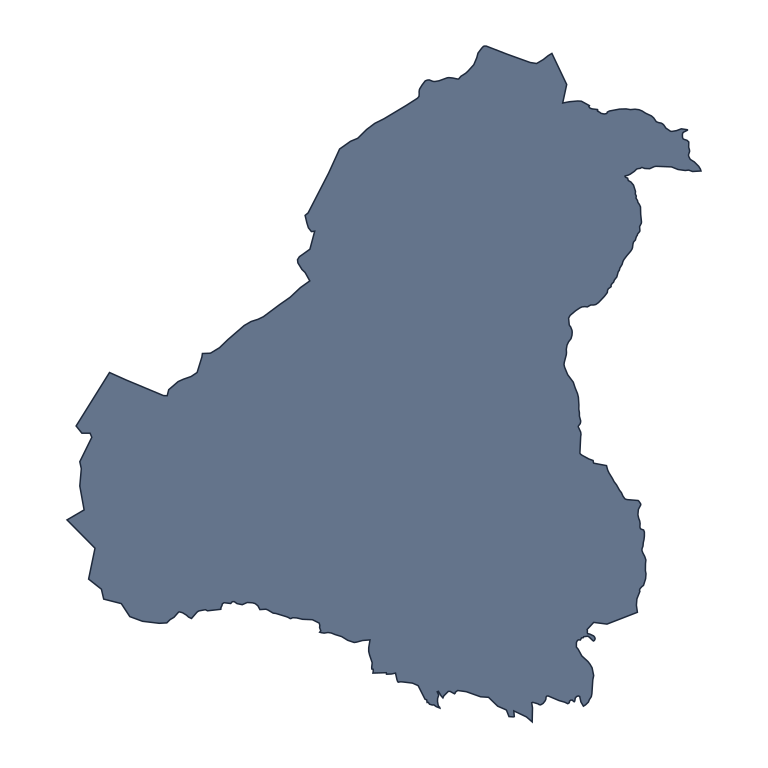 Rametea, Alba, Romania
{"feature_id": "2599482B58533573021610", "entity_name": "Rametea", "entity_type": "district", "adm_level": 2, "iso_a3": "ROU", "parent_name": "Romania", "parent_adm1": "Alba", "projection": "robinson", "projection_center": [23.586, 46.447], "detail": "fine", "context": "isolated", "style": "filled", "palette": "slate", "viewbox_px": 768, "rotation_deg": 0, "n_neighbors": 0, "source": "geoboundaries", "source_scale": "gbopen_adm2", "svg_char_len": 6086}
<svg xmlns="http://www.w3.org/2000/svg" viewBox="0 0 768 768"><path d="M639.9,591.4L639.5,590.1L640.1,588.6L641.9,586.6L643.5,585.4L645.6,578.8L646.0,573.8L645.4,570.7L645.5,563.6L645.9,560.0L644.7,556.4L642.8,552.8L641.9,550.3L642.1,548.5L643.0,546.1L643.3,542.6L644.0,539.6L644.4,536.1L644.4,532.0L643.6,530.0L640.8,529.0L640.1,527.9L639.9,526.8L640.1,523.5L639.7,520.9L638.7,518.3L637.9,514.7L638.4,509.4L640.8,504.8L640.6,503.7L638.8,501.1L638.1,500.5L627.2,499.6L625.3,499.1L624.5,498.3L622.9,496.0L621.4,492.6L619.5,490.2L616.5,484.8L614.1,481.7L612.4,478.4L609.0,472.9L607.7,470.1L606.5,465.6L593.8,463.2L593.5,462.9L593.1,460.5L588.7,458.9L582.1,455.3L580.5,454.1L579.9,453.2L580.7,436.2L581.0,434.7L580.7,432.1L578.2,426.7L578.4,426.0L580.2,423.7L580.6,422.2L580.7,420.9L579.4,416.1L579.4,412.6L578.8,409.2L578.9,405.0L578.4,397.3L577.5,393.6L575.1,387.7L573.3,382.2L567.7,374.7L564.6,367.2L564.0,364.6L564.3,362.3L566.3,354.7L566.5,352.6L566.3,349.3L567.0,345.2L568.6,341.8L571.0,338.7L572.0,335.2L572.2,332.2L572.0,330.3L570.6,326.8L569.5,325.5L569.2,324.5L568.6,318.1L570.1,315.4L575.8,310.6L579.9,307.9L582.0,306.9L584.8,306.6L587.4,306.9L590.7,305.0L593.6,305.0L595.8,304.5L598.5,302.6L604.3,296.5L607.3,292.6L607.6,290.1L608.4,288.7L610.9,286.9L611.2,286.2L611.0,285.4L611.3,284.7L612.3,283.3L613.5,282.3L614.4,280.0L616.8,277.0L618.2,271.9L619.3,270.3L619.9,268.0L622.1,264.4L622.9,261.6L623.9,259.6L627.0,255.5L630.6,251.3L632.0,249.1L632.5,247.7L633.0,243.8L633.6,241.9L635.4,240.0L636.0,237.7L636.5,236.4L637.3,235.3L637.6,234.0L639.7,231.5L639.9,230.6L639.6,226.6L641.3,223.3L641.5,222.0L640.7,214.4L640.5,206.9L639.3,204.3L637.9,202.4L637.5,200.5L636.0,198.1L636.3,196.0L635.3,194.0L635.5,191.4L633.5,185.1L630.9,182.0L628.3,180.5L627.6,178.1L625.6,177.3L625.0,176.4L625.1,175.9L627.8,175.3L630.2,174.2L634.4,171.3L636.5,169.2L637.7,168.7L640.1,168.4L641.9,167.4L644.8,168.5L649.7,168.7L654.3,166.6L656.0,166.3L671.5,166.9L678.0,169.5L685.2,170.5L688.7,170.1L692.5,171.5L701.0,171.0L700.4,169.1L698.7,166.3L694.3,161.9L690.6,159.6L689.9,158.8L688.7,156.3L688.5,154.9L689.6,151.4L689.5,150.0L688.7,147.3L688.8,142.0L687.0,140.3L683.6,139.2L683.1,138.8L682.5,137.4L682.4,134.6L682.7,133.1L683.7,132.1L687.3,130.3L687.5,130.0L687.3,129.7L681.3,128.8L676.6,130.6L672.0,131.4L670.6,131.3L665.9,128.1L663.8,125.0L662.6,123.9L661.2,123.1L658.6,122.6L656.3,121.7L653.7,117.9L651.4,115.9L645.6,113.2L642.2,111.0L639.0,109.7L635.0,109.2L630.4,109.6L626.1,108.9L619.5,109.1L609.4,111.0L607.3,112.1L607.2,112.8L606.3,113.6L604.2,114.0L600.9,113.3L599.8,112.3L597.7,111.2L597.4,110.8L597.8,110.1L597.4,109.5L592.3,108.9L590.1,108.2L588.8,106.6L589.4,105.6L581.4,101.2L577.6,101.0L569.6,101.7L562.7,103.0L566.7,84.5L551.9,53.4L548.1,55.7L543.2,59.6L536.6,63.5L530.2,62.5L506.9,54.1L486.3,46.1L484.2,46.1L483.4,46.4L481.6,48.3L478.0,53.1L476.8,57.6L473.8,64.7L467.8,71.3L465.6,73.3L461.0,76.2L458.6,79.0L457.5,79.0L452.8,78.0L448.9,77.6L447.2,77.8L439.0,80.8L434.9,81.5L433.0,81.4L429.2,79.9L427.2,80.1L425.2,80.9L422.2,84.8L419.9,88.5L419.4,89.6L419.1,91.8L419.2,93.9L419.0,96.4L417.5,98.2L406.1,105.5L383.9,118.8L374.7,123.4L366.6,129.5L357.7,138.3L350.5,141.3L339.6,149.0L328.6,173.1L308.1,212.9L305.1,215.4L306.9,223.0L308.4,227.8L311.4,231.6L314.7,231.2L309.9,249.2L299.4,256.7L297.5,259.7L297.9,262.9L301.9,269.4L305.1,272.5L309.8,280.9L300.4,287.6L290.2,297.2L279.6,304.6L263.4,316.7L258.0,319.3L251.1,321.5L244.2,325.5L228.0,339.5L219.5,347.7L210.4,353.2L202.4,353.5L201.9,357.0L197.1,372.5L191.1,376.5L183.4,379.2L178.1,381.6L168.7,389.7L167.2,395.7L163.5,395.6L126.2,380.0L109.5,372.5L76.1,426.0L81.9,433.2L90.1,433.2L91.8,437.3L79.8,461.7L81.3,468.7L79.8,486.0L84.1,509.9L67.0,519.9L95.0,548.2L88.6,579.1L101.4,589.2L103.7,599.1L121.3,603.6L129.8,616.6L142.5,621.3L159.2,623.3L166.8,622.9L170.0,619.7L174.0,617.3L178.6,612.1L179.5,611.9L182.5,612.7L186.4,615.1L188.6,617.1L191.5,618.5L196.8,612.4L197.7,611.6L199.0,610.9L205.4,609.7L207.5,610.8L220.8,609.3L221.0,607.5L222.0,605.5L222.3,603.9L224.0,602.7L230.7,603.5L232.3,601.7L234.2,601.6L237.0,603.6L242.2,604.7L247.2,602.5L252.5,602.8L255.2,603.6L257.9,605.8L259.9,609.6L265.9,609.2L267.7,609.9L273.1,613.1L276.0,613.5L286.1,616.6L288.2,617.4L290.2,618.6L290.8,618.6L292.7,617.7L296.6,617.9L302.5,619.3L312.4,619.7L319.2,623.1L319.8,625.3L319.6,627.6L320.8,630.8L319.7,632.2L321.4,632.7L324.1,633.1L328.0,632.5L331.3,633.0L334.9,634.5L341.7,636.6L347.7,640.3L354.2,642.5L356.7,642.1L362.5,640.5L370.0,639.9L368.7,647.8L368.7,651.4L369.6,655.1L372.2,662.8L371.7,667.2L371.8,669.0L373.2,669.3L373.2,671.4L372.9,673.1L386.3,672.7L386.5,674.2L391.5,674.0L395.5,673.1L396.9,679.5L397.5,681.2L398.2,682.2L400.5,681.8L402.3,681.9L412.4,683.1L418.1,685.6L425.0,699.2L426.7,699.9L427.1,702.5L428.3,702.4L429.5,704.2L432.2,705.0L433.8,704.9L436.2,706.6L439.9,708.1L439.7,707.3L438.7,706.4L438.1,704.9L437.5,701.4L437.6,698.5L438.7,695.1L437.2,691.8L438.4,691.3L441.2,696.0L442.9,697.9L443.8,695.9L448.3,691.4L450.1,691.4L454.5,693.8L455.1,693.3L455.3,692.3L457.7,690.5L466.3,691.7L480.6,696.8L488.5,697.3L497.7,706.2L506.0,709.8L506.6,710.5L509.0,716.6L513.3,716.9L514.3,716.6L513.8,710.9L526.4,716.9L532.2,721.9L532.5,707.8L531.7,702.8L532.7,702.3L537.9,703.8L539.1,704.6L540.3,704.9L541.3,704.5L543.1,703.4L545.1,700.9L545.9,699.1L546.0,697.2L546.7,696.2L548.0,695.9L559.1,700.6L564.7,702.2L567.8,703.7L569.3,702.7L569.5,701.2L570.7,700.2L572.2,700.1L573.8,701.6L574.4,701.7L574.8,700.9L575.3,698.0L576.6,696.5L578.4,695.9L579.7,696.5L580.9,701.9L583.4,706.2L585.5,704.9L588.4,702.1L589.4,699.6L591.3,696.7L591.9,693.7L592.8,679.8L593.7,675.6L592.1,667.8L590.0,664.2L588.0,661.6L581.8,655.9L578.1,649.1L576.4,647.1L576.4,642.7L576.9,641.3L577.7,640.3L578.6,639.8L580.4,640.0L581.5,637.9L583.2,637.7L583.7,636.7L587.2,636.3L588.0,636.3L589.2,637.1L592.7,640.5L593.5,641.0L594.3,640.5L594.9,639.5L595.1,638.3L594.6,637.1L593.6,635.9L589.8,634.1L587.6,633.6L587.3,632.5L587.4,630.7L587.1,629.5L593.7,622.4L607.0,624.1L637.4,612.3L636.4,605.2L636.9,598.9L639.9,591.4Z" fill="#64748b" stroke="#1e293b" stroke-width="1.5"/></svg>